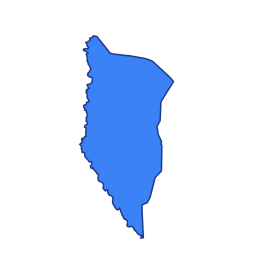 América Dourada, Bahia, Brazil (Robinson projection), rotated 139°
{"feature_id": "56859067B30516814482905", "entity_name": "América Dourada", "entity_type": "district", "adm_level": 2, "iso_a3": "BRA", "parent_name": "Brazil", "parent_adm1": "Bahia", "projection": "robinson", "projection_center": [-41.478, -11.399], "detail": "fine", "context": "isolated", "style": "filled", "palette": "blue", "viewbox_px": 256, "rotation_deg": 139, "n_neighbors": 0, "source": "geoboundaries", "source_scale": "gbopen_adm2", "svg_char_len": 2834}
<svg xmlns="http://www.w3.org/2000/svg" viewBox="0 0 256 256"><g transform="rotate(139 128 128)"><path d="M189.4,35.8L188.3,35.2L187.1,36.7L185.3,39.1L169.2,59.4L167.9,60.8L163.9,59.5L162.7,59.0L161.0,59.6L156.8,61.2L140.1,72.8L135.2,73.3L133.3,73.4L130.9,73.7L119.4,86.5L113.9,92.6L113.7,94.5L112.4,94.9L111.5,96.1L110.9,98.3L110.4,99.7L110.1,100.8L109.8,102.2L109.3,103.7L108.2,105.3L107.0,107.1L106.1,108.4L105.6,109.7L104.5,110.4L98.9,112.5L85.9,126.2L78.2,128.6L76.6,129.1L68.0,131.7L63.2,133.2L63.1,138.3L63.9,145.8L64.6,152.3L65.6,160.9L65.8,162.4L67.8,166.5L69.5,169.1L70.3,170.2L71.0,171.1L79.7,181.8L81.3,183.3L90.9,193.9L92.5,196.4L92.4,198.1L92.2,199.7L91.5,217.6L92.7,219.0L93.9,220.4L95.3,219.6L97.0,220.5L98.1,220.8L99.1,219.2L100.7,219.2L102.3,219.7L103.7,220.2L104.0,218.5L105.0,216.6L105.1,214.5L106.4,214.2L107.4,215.1L108.2,216.0L109.8,216.6L110.7,215.8L110.0,214.5L109.2,212.7L109.1,210.9L111.0,211.2L111.9,209.1L113.0,207.2L113.9,206.1L115.0,205.5L115.2,203.4L116.1,202.4L116.2,200.8L116.6,199.1L117.3,197.0L119.4,196.2L120.5,195.7L121.9,195.7L123.1,195.2L123.9,194.2L123.8,192.7L123.4,191.4L122.6,190.6L122.1,189.3L123.1,187.8L124.3,187.2L125.2,186.3L126.5,186.0L127.7,186.2L129.0,186.7L130.3,187.5L131.2,186.1L131.4,183.5L132.8,183.8L134.5,184.0L134.5,182.3L136.3,182.6L136.4,181.2L137.0,179.6L138.4,178.6L139.1,176.9L139.5,174.9L140.0,173.4L141.1,173.4L142.2,174.6L143.4,173.7L144.9,173.2L145.9,174.1L147.0,173.8L147.9,172.2L147.7,170.3L148.9,169.8L148.1,168.4L148.9,167.4L149.5,165.6L150.7,163.8L151.8,163.5L153.1,163.0L153.8,161.5L155.0,160.9L155.0,158.9L156.3,157.4L157.4,157.9L159.0,158.1L160.3,157.0L159.7,155.7L160.8,154.0L162.0,153.1L163.0,152.3L164.0,150.8L164.9,149.4L166.2,149.9L167.5,149.2L168.5,149.7L169.8,148.9L169.8,150.1L170.8,149.5L171.2,148.1L171.9,146.9L173.6,147.5L175.1,147.2L174.9,145.4L175.7,144.0L176.8,143.1L176.8,141.9L177.6,141.0L178.6,140.2L178.1,139.1L177.0,137.9L177.8,136.5L179.1,135.0L179.3,133.1L179.3,131.0L179.2,129.5L179.4,127.9L178.7,127.0L177.8,126.0L178.5,125.0L179.7,124.3L181.2,124.1L182.1,122.5L181.6,120.9L180.4,121.0L180.9,119.2L181.1,117.1L180.8,115.5L181.5,114.4L180.7,112.9L181.6,111.3L183.2,110.2L184.4,108.7L184.7,106.7L183.6,105.2L183.3,103.8L183.3,102.0L184.4,100.4L185.7,99.6L186.5,98.5L186.5,96.5L186.2,95.2L184.8,95.4L183.8,94.7L185.3,93.1L186.0,91.3L186.2,89.4L185.3,88.4L184.7,86.2L185.6,84.6L187.1,83.3L188.3,82.2L189.0,80.8L189.3,79.0L189.8,77.1L190.0,75.5L189.9,73.4L188.5,72.7L187.1,72.9L187.5,71.2L188.5,69.5L188.6,67.9L189.6,66.5L189.6,64.7L190.2,63.5L190.5,61.5L189.2,59.5L189.7,57.8L190.6,57.0L191.3,55.9L192.5,55.5L192.9,54.2L192.3,52.9L190.5,51.9L189.6,50.8L189.2,49.2L190.1,47.0L189.8,45.1L189.8,43.9L190.0,42.1L189.8,40.4L188.7,38.9L188.2,37.7L189.5,37.4L190.5,36.7L189.4,35.8Z" fill="#3b82f6" stroke="#1e3a8a" stroke-width="1.5"/></g></svg>